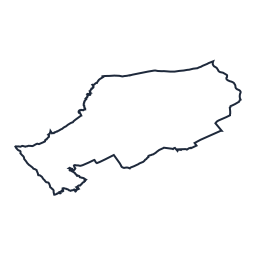 outline of Rediu, Neamt, Romania
{"feature_id": "2599482B4557605097369", "entity_name": "Rediu", "entity_type": "district", "adm_level": 2, "iso_a3": "ROU", "parent_name": "Romania", "parent_adm1": "Neamt", "projection": "robinson", "projection_center": [26.525, 46.746], "detail": "fine", "context": "isolated", "style": "outline", "palette": "slate", "viewbox_px": 256, "rotation_deg": 0, "n_neighbors": 0, "source": "geoboundaries", "source_scale": "gbopen_adm2", "svg_char_len": 5501}
<svg xmlns="http://www.w3.org/2000/svg" viewBox="0 0 256 256"><path d="M220.7,130.8L221.7,130.8L216.3,124.3L215.4,123.3L215.5,123.1L216.9,121.5L218.5,120.5L226.1,117.2L230.0,115.3L230.0,114.3L230.2,113.7L230.2,111.4L229.8,107.6L230.4,107.1L230.5,106.2L231.2,105.8L231.9,105.6L235.0,104.1L239.1,101.7L239.7,100.2L240.6,99.7L239.9,98.1L239.7,96.1L240.0,94.0L240.6,92.6L240.6,91.8L240.1,90.9L239.3,90.2L237.0,89.2L235.9,88.2L235.5,87.3L235.4,85.9L235.1,84.9L233.8,82.9L232.7,82.2L231.3,81.6L229.8,81.2L228.0,80.4L227.3,79.9L226.7,79.4L226.4,78.7L226.4,78.0L226.5,77.6L227.0,77.1L227.1,75.5L226.9,75.0L223.0,72.7L220.1,72.1L219.2,71.6L218.3,70.7L218.0,69.9L216.6,67.8L213.9,66.2L213.2,65.2L212.7,64.0L212.9,62.1L213.2,61.3L208.6,63.1L207.2,63.9L202.4,65.9L201.3,66.6L198.5,67.6L197.5,68.2L193.2,68.7L189.2,69.7L187.1,69.9L183.8,70.5L179.4,70.9L174.6,71.6L170.2,71.6L163.6,71.1L162.1,71.2L157.9,71.0L155.2,70.5L153.9,70.6L147.9,71.6L132.4,74.7L129.9,75.4L129.8,75.2L127.0,75.8L124.1,76.1L122.8,76.4L122.2,76.4L119.2,75.8L114.3,75.6L109.6,75.9L104.9,76.0L102.4,76.3L102.4,76.8L102.9,77.2L100.1,78.9L98.8,79.9L98.6,80.2L98.5,80.6L98.1,80.9L97.3,82.1L97.0,82.9L96.1,83.0L95.2,83.6L94.8,84.0L93.5,85.1L92.7,84.7L92.4,84.8L92.9,85.5L92.9,85.8L93.4,86.0L93.5,86.6L93.5,87.2L93.4,87.4L93.2,87.7L92.6,87.8L92.1,88.7L91.8,88.8L91.7,88.5L91.4,88.6L91.2,89.4L90.9,89.6L90.7,89.9L90.5,90.5L90.3,91.1L89.7,91.2L89.9,92.1L90.3,92.8L90.6,93.0L89.8,93.3L89.8,93.5L90.2,93.8L90.4,94.2L90.2,94.8L89.5,94.9L89.4,94.4L88.3,94.0L87.5,93.9L87.2,94.2L87.8,94.6L87.4,95.3L87.7,96.0L87.2,96.5L87.1,97.0L86.7,97.4L86.9,97.6L86.4,97.9L85.9,98.3L86.1,98.4L86.2,99.1L85.7,99.2L85.8,99.6L85.6,99.8L84.7,100.8L84.7,101.1L84.5,101.3L84.6,101.5L84.3,102.1L84.1,102.3L84.2,102.9L83.9,103.2L83.7,103.8L83.7,104.6L83.7,105.3L84.2,105.5L84.1,106.2L84.4,106.8L84.3,107.2L85.2,108.6L85.2,109.3L84.7,109.2L84.2,109.3L84.0,109.7L83.3,109.9L83.4,110.2L83.2,110.3L81.4,109.9L81.1,109.9L81.0,110.1L80.6,110.1L80.0,110.3L79.8,110.7L79.4,110.4L79.1,110.7L78.7,111.2L78.6,111.8L78.7,112.1L78.7,112.4L79.1,112.9L79.8,112.7L81.0,114.9L81.3,115.6L80.8,115.8L75.3,119.8L73.5,121.3L73.0,122.1L72.6,122.4L71.9,122.5L70.6,123.1L68.0,124.7L65.6,126.6L64.9,126.8L63.6,127.6L62.2,128.8L60.4,129.6L60.1,129.9L59.8,130.0L58.7,130.7L58.3,130.8L58.0,131.0L57.3,131.5L56.9,131.4L55.4,132.2L55.1,132.2L54.9,132.4L54.4,132.4L53.9,133.1L52.4,133.1L52.0,133.3L50.5,131.0L50.3,132.3L50.1,132.5L49.7,133.7L48.6,134.3L48.2,134.7L48.7,135.0L49.0,135.6L48.9,136.9L47.9,137.6L47.2,138.7L46.7,138.9L46.7,139.2L46.5,139.5L45.6,139.8L45.2,140.1L45.0,141.4L44.0,141.8L43.9,142.0L39.0,144.1L37.2,143.7L35.6,144.4L33.2,145.8L32.3,146.1L30.4,145.9L28.5,145.8L27.1,146.3L26.2,146.3L25.4,146.7L23.4,146.1L22.2,145.9L20.5,146.7L18.4,146.4L16.7,146.5L15.9,146.3L15.4,146.6L16.3,148.2L17.9,149.9L18.6,150.4L19.9,150.8L20.4,151.3L20.6,152.0L20.4,153.3L22.3,155.4L22.9,155.9L23.5,156.5L24.0,157.6L24.2,159.0L26.0,161.2L27.4,163.3L28.3,164.1L28.7,164.7L29.8,165.4L32.6,167.6L33.4,168.7L34.8,169.1L36.6,170.1L36.8,170.9L37.9,173.5L38.1,174.8L38.3,175.2L39.8,175.3L41.6,176.6L42.1,177.1L42.6,178.0L43.2,178.8L43.5,179.3L44.5,180.1L45.3,181.3L46.3,182.2L48.1,182.5L48.5,182.7L49.4,184.2L50.0,186.0L50.2,187.2L50.5,187.5L51.4,188.0L52.0,188.8L52.9,189.4L53.6,190.4L53.6,192.0L54.1,194.3L54.2,194.7L54.7,194.7L56.6,194.0L56.9,193.7L57.2,193.7L57.5,193.3L58.4,193.1L60.5,193.3L60.7,193.1L60.5,192.2L60.0,191.9L61.6,191.3L62.1,191.3L62.5,191.5L63.2,191.0L63.1,190.5L62.5,190.2L62.8,190.0L62.8,189.8L62.6,189.6L62.9,189.0L62.6,188.6L62.6,188.4L63.4,188.2L63.7,188.5L64.4,188.3L65.3,188.7L66.0,188.7L66.9,189.2L67.4,189.2L68.4,189.7L69.2,190.4L70.4,190.6L70.6,190.8L72.1,190.2L72.4,190.3L73.1,190.2L74.1,189.5L74.7,190.2L75.1,190.2L75.5,189.9L76.0,190.1L75.2,191.0L75.2,191.3L75.4,191.5L75.8,191.3L76.2,190.5L76.6,190.1L76.4,190.0L76.6,189.8L76.6,189.4L76.8,189.3L77.1,189.4L77.3,189.2L77.6,189.2L77.8,188.9L78.3,189.1L78.5,189.0L77.9,188.6L78.4,188.2L78.2,187.9L76.9,187.7L76.4,187.2L76.7,187.1L78.5,185.6L79.2,185.4L80.0,185.6L80.5,185.2L80.7,184.8L81.0,184.4L81.4,184.3L82.7,182.6L83.7,182.2L84.0,182.0L84.4,181.4L85.0,181.1L85.2,180.4L86.0,179.7L85.6,179.5L85.2,179.7L85.0,179.4L84.7,179.4L84.9,179.0L83.6,178.1L83.0,178.0L82.5,177.8L81.4,177.7L80.9,177.4L79.8,177.2L79.3,176.1L78.9,175.9L77.9,175.6L77.5,175.9L77.1,175.9L76.8,175.0L76.2,174.8L76.0,174.3L75.1,173.6L74.8,172.9L74.4,172.8L74.0,172.3L71.8,171.2L71.3,170.7L70.6,170.6L70.1,170.6L69.7,170.2L70.2,169.5L70.5,168.8L68.9,168.3L69.7,167.8L70.8,168.5L72.3,168.9L72.5,169.5L72.4,169.8L72.6,169.9L73.5,170.3L74.3,169.9L75.3,168.5L75.2,168.2L74.4,167.1L74.2,166.3L73.9,165.7L74.0,165.5L74.3,165.2L75.0,165.1L76.6,165.4L78.2,165.4L79.3,165.7L80.4,165.8L81.2,165.6L82.6,165.2L88.4,162.7L94.3,159.9L94.5,160.0L95.9,162.4L96.9,163.1L99.9,161.9L105.3,159.3L113.8,155.0L119.7,163.2L121.2,165.8L121.3,166.4L122.0,167.1L123.5,167.8L124.3,167.9L125.1,167.7L126.8,167.5L128.1,167.7L129.8,168.4L130.2,167.8L131.1,167.3L133.8,166.3L138.5,164.1L139.1,163.6L139.9,163.2L143.1,161.9L144.4,160.8L145.2,159.7L146.3,159.1L147.1,158.0L148.4,157.1L148.2,156.3L148.3,156.1L149.3,155.5L151.3,155.0L152.0,154.6L153.1,154.4L155.5,152.9L156.3,152.3L156.5,152.0L159.2,150.0L163.5,148.0L163.9,147.7L172.4,148.8L173.0,149.1L174.0,148.2L174.9,147.9L177.5,150.9L178.1,149.5L179.5,149.7L179.1,149.3L185.9,149.1L186.9,149.6L188.9,148.3L190.7,147.8L190.9,148.2L191.0,148.2L196.5,145.6L194.6,143.0L200.5,139.8L220.7,130.8Z" fill="none" stroke="#1e293b" stroke-width="2"/></svg>